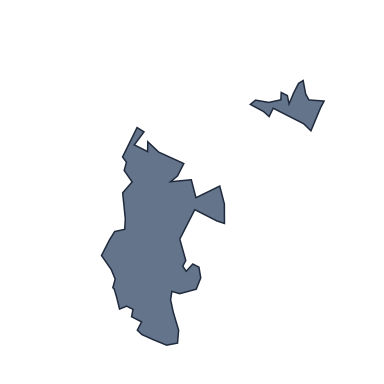 an SVG outline of Islands, rotated 297°
{"feature_id": "HKG-5170", "entity_name": "Islands", "entity_type": "state/province", "adm_level": 1, "iso_a3": "HKG", "parent_name": "Hong Kong S.A.R.", "parent_adm1": "", "projection": "natural_earth1", "projection_center": [113.979, 22.247], "detail": "fine", "context": "isolated", "style": "filled", "palette": "slate", "viewbox_px": 384, "rotation_deg": 297, "n_neighbors": 0, "source": "natural_earth", "source_scale": "10m", "svg_char_len": 1085}
<svg xmlns="http://www.w3.org/2000/svg" viewBox="0 0 384 384"><g transform="rotate(297 192 192)"><path d="M50.8,247.7L44.0,238.9L42.8,224.2L42.2,212.2L44.0,206.0L53.4,206.0L53.4,194.8L60.6,192.7L60.6,185.6L54.8,180.6L55.2,180.2L63.5,173.1L70.2,166.8L70.8,164.9L79.5,163.1L86.3,155.2L94.3,140.2L112.1,140.2L121.7,141.1L128.2,149.0L137.9,144.7L159.8,130.6L173.8,134.1L180.4,121.8L188.7,120.1L191.7,114.2L224.5,113.8L223.8,121.9L207.8,119.2L207.8,134.1L216.7,129.8L212.4,144.3L213.6,171.8L199.7,171.8L191.4,168.2L202.6,185.8L188.7,198.1L209.9,214.0L196.0,226.3L178.7,235.2L177.5,227.2L177.5,202.5L166.6,202.5L157.6,202.5L144.5,202.5L128.2,217.5L121.7,217.5L118.7,222.8L128.2,225.4L128.2,232.3L119.4,238.8L107.3,239.9L95.8,227.2L94.3,219.2L86.2,221.9L76.6,229.7L62.8,242.8L50.8,247.7ZM325.5,268.3L300.5,270.2L303.5,260.5L303.5,226.3L294.2,226.5L296.2,219.2L296.5,204.2L302.7,206.9L306.7,219.8L314.5,229.3L321.2,226.3L321.2,233.2L314.5,238.5L326.3,237.6L337.1,237.6L341.8,240.4L330.9,248.8L327.1,254.4L333.0,268.4L325.5,268.3Z" fill="#64748b" stroke="#1e293b" stroke-width="1.5"/></g></svg>